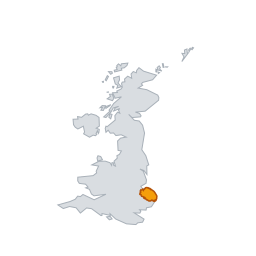 location of Norfolk within United Kingdom, rotated 23°
{"feature_id": "GBR-2319", "entity_name": "Norfolk", "entity_type": "Administrative County", "adm_level": 1, "iso_a3": "GBR", "parent_name": "United Kingdom", "parent_adm1": "", "projection": "orthographic", "projection_center": [0.894, 52.67], "detail": "fine", "context": "in_parent", "style": "filled", "palette": "amber", "viewbox_px": 256, "rotation_deg": 23, "n_neighbors": 0, "source": "natural_earth", "source_scale": "10m", "svg_char_len": 5073}
<svg xmlns="http://www.w3.org/2000/svg" viewBox="0 0 256 256"><g transform="rotate(23 128 128)"><path d="M133.6,197.6L123.2,203.7L120.1,203.0L116.5,199.5L112.5,199.6L114.3,198.0L110.9,196.3L104.8,198.0L102.4,196.3L101.0,192.9L114.5,185.5L116.7,181.6L115.6,180.3L115.8,174.5L109.1,176.1L114.2,170.1L120.0,167.4L125.0,167.0L127.5,168.8L126.8,166.2L128.0,165.7L129.5,168.0L131.4,168.0L128.1,164.0L129.9,160.0L128.6,157.8L130.4,155.7L130.9,151.7L127.6,152.5L123.5,144.0L125.1,140.2L129.9,137.1L124.4,136.9L119.8,139.7L116.7,138.2L113.7,139.7L110.6,137.8L109.4,140.6L107.2,137.3L107.0,134.9L108.3,134.9L113.1,125.7L111.1,121.8L112.2,117.5L114.7,117.6L112.2,115.2L112.8,113.3L108.1,118.0L108.3,114.6L110.9,111.7L106.5,115.4L106.1,120.0L103.6,127.0L101.3,127.3L104.9,119.3L103.6,119.0L105.3,110.9L109.8,101.8L104.6,105.6L100.0,101.6L104.4,99.5L103.2,98.4L106.3,95.0L106.8,92.6L104.7,89.6L104.8,88.0L107.1,86.7L105.7,84.3L107.5,80.4L112.0,80.8L109.7,77.1L110.8,74.0L114.1,73.9L113.5,71.5L114.5,68.2L120.1,69.6L133.7,68.2L131.8,74.0L123.7,80.3L123.1,82.2L124.8,83.0L121.7,87.3L130.3,85.4L142.5,86.1L144.5,87.9L145.3,90.5L137.2,105.8L128.6,110.5L133.0,110.1L135.3,111.7L135.1,112.9L127.6,116.8L123.3,115.2L130.8,118.4L135.6,117.2L140.3,119.7L145.2,126.2L149.2,142.6L155.2,146.5L161.5,153.8L160.1,155.6L163.6,163.4L159.3,160.9L155.0,161.1L159.0,161.8L165.3,168.6L166.2,171.9L162.6,176.6L165.3,178.4L168.5,175.5L176.5,176.3L180.9,179.5L181.9,182.7L180.3,191.4L176.2,194.2L176.7,196.5L170.6,198.7L172.3,199.5L172.2,201.7L166.8,203.7L178.4,205.6L178.2,209.0L174.0,211.5L173.0,213.8L164.1,216.8L152.3,216.6L144.9,213.9L145.8,215.4L137.5,216.9L138.2,218.7L137.4,219.2L126.0,216.5L121.1,217.8L117.4,224.9L111.4,221.7L104.9,223.1L99.9,227.4L93.5,226.2L103.3,218.4L107.3,214.2L108.3,210.4L111.0,209.7L112.5,206.8L124.9,207.3L133.6,197.6ZM96.2,151.5L89.4,150.7L89.6,148.7L86.2,143.8L82.2,148.5L79.1,147.9L76.6,146.3L74.0,141.4L78.5,139.3L77.1,137.2L81.1,136.3L83.6,131.7L85.4,130.7L86.5,131.7L88.5,129.4L93.6,128.8L97.2,129.6L100.9,137.5L98.8,140.6L102.1,140.5L103.0,143.7L102.8,144.7L100.9,142.5L100.8,145.7L101.8,146.0L101.1,147.8L98.7,148.2L96.2,151.5ZM102.6,70.9L101.0,74.1L98.5,75.6L99.7,77.1L93.8,81.6L92.7,80.2L95.2,78.4L93.4,76.7L94.2,75.9L93.3,75.0L94.2,72.7L97.1,73.6L96.8,71.5L102.5,68.3L102.6,70.9ZM101.4,87.0L101.2,90.5L105.7,92.6L102.1,95.7L102.0,92.7L99.1,92.4L95.1,87.5L99.6,83.7L101.4,87.0ZM151.4,32.2L153.2,35.8L154.2,35.3L151.6,45.8L151.8,40.7L148.5,38.2L151.2,37.3L149.5,34.2L151.4,32.2ZM103.0,108.9L97.4,109.3L99.5,105.8L97.8,104.2L100.2,103.0L103.4,106.2L103.0,108.9ZM114.0,164.9L116.9,167.2L113.0,170.2L111.2,167.7L111.2,165.3L114.0,164.9ZM98.6,116.3L98.5,121.4L96.1,122.2L96.5,118.9L94.3,120.3L95.5,117.4L98.6,116.3ZM134.2,59.6L133.9,61.3L136.9,62.4L132.9,62.9L131.2,60.9L132.4,58.6L134.2,59.6ZM108.5,126.3L106.1,125.5L106.0,122.0L108.0,121.7L108.5,126.3ZM148.9,217.9L146.7,219.8L143.0,218.2L146.1,216.3L148.9,217.9ZM100.0,118.6L99.1,117.1L103.1,113.2L102.2,115.2L100.0,118.6ZM91.2,82.5L92.2,83.7L91.1,85.3L88.0,83.7L91.2,82.5ZM89.5,93.0L88.2,92.6L88.5,87.9L89.9,88.2L89.5,93.0ZM154.4,34.0L153.3,32.3L154.0,30.2L154.9,30.8L154.4,34.0ZM137.4,58.1L136.6,58.5L134.5,55.4L135.2,55.0L137.4,58.1ZM132.8,65.2L131.7,65.4L130.7,62.9L131.9,63.1L132.8,65.2ZM157.0,28.6L156.4,30.9L155.6,30.7L155.7,28.6L157.0,28.6ZM140.4,56.7L138.1,57.3L140.6,56.2L140.4,56.7ZM99.0,96.9L98.3,97.0L97.6,95.7L98.8,95.2L99.0,96.9ZM135.4,64.7L134.6,66.0L134.1,64.7L135.4,64.7ZM95.8,102.9L94.3,103.4L96.3,102.2L95.8,102.9ZM87.5,95.6L86.6,95.8L86.2,95.3L87.2,94.6L87.5,95.6Z" fill="#d9dde1" stroke="#a8b0b8" stroke-width="1"/><path d="M165.3,178.5L165.8,178.6L166.0,178.7L166.3,179.1L166.5,179.2L166.4,178.8L166.6,178.4L166.9,178.1L167.1,177.9L167.1,177.4L167.3,176.9L167.5,176.4L167.6,176.1L168.0,175.7L168.6,175.5L169.2,175.3L169.7,175.4L169.7,175.2L169.9,175.1L170.1,175.2L170.4,175.3L170.6,175.4L171.6,175.4L172.0,175.5L172.6,175.7L173.1,175.9L173.6,175.6L173.3,175.5L173.2,175.5L173.1,175.4L176.6,176.2L177.9,176.9L180.8,179.0L181.1,179.4L181.4,179.9L181.6,180.8L181.8,181.3L182.0,181.9L181.9,182.3L182.0,182.6L182.0,182.9L182.0,183.6L181.9,183.6L181.3,183.4L181.2,183.5L180.9,184.0L181.2,184.4L181.5,184.4L181.5,184.6L181.4,184.8L181.3,184.7L181.0,185.0L180.8,185.1L180.3,184.8L180.1,184.8L180.0,185.2L179.7,185.0L179.4,185.2L179.1,185.0L178.8,185.2L178.5,185.0L178.4,185.0L178.5,185.3L178.2,185.4L177.6,185.7L177.3,186.3L177.2,186.4L176.6,186.5L176.2,186.9L175.8,187.0L175.3,187.0L174.9,186.8L174.3,186.8L173.9,186.6L173.2,186.9L172.7,186.5L172.1,186.5L171.6,186.2L171.0,186.5L170.6,186.5L170.4,186.4L169.9,186.3L169.7,186.2L169.6,185.9L170.1,185.4L169.9,185.4L169.3,185.4L168.4,185.3L167.6,185.5L167.1,185.5L166.6,185.1L166.2,184.6L166.2,184.4L165.8,184.2L165.3,184.2L165.0,184.5L164.9,184.5L164.7,184.1L164.7,183.9L164.5,183.4L164.6,183.1L164.5,182.9L164.6,182.6L164.8,182.4L164.2,181.8L164.2,181.7L164.4,181.4L164.3,181.2L163.9,181.0L164.0,180.0L164.4,180.1L165.2,179.4L165.3,179.3L165.1,179.1L165.2,178.6L165.3,178.5L165.3,178.5Z" fill="#f59e0b" stroke="#b45309" stroke-width="1.5"/></g></svg>